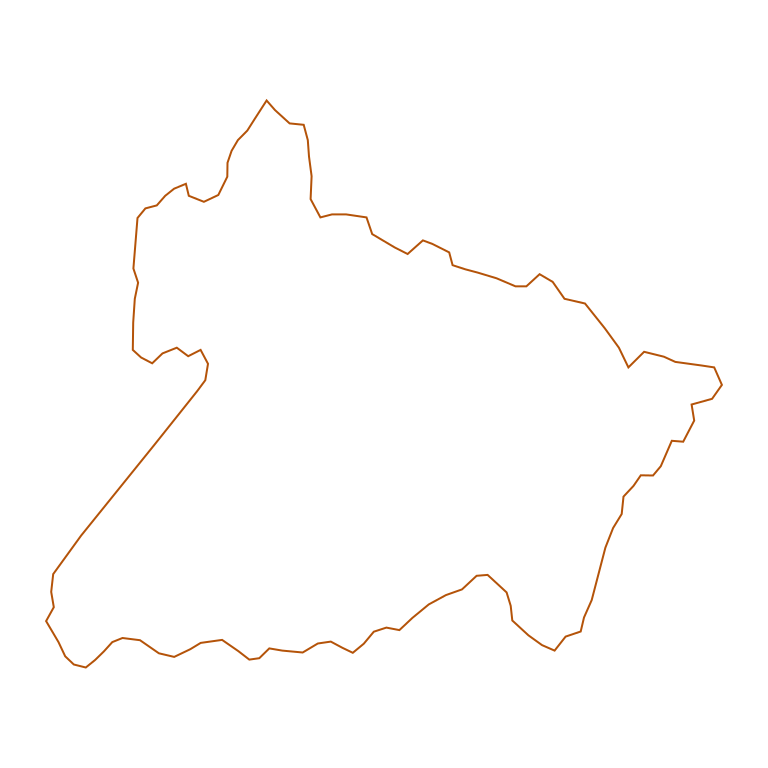 outline of Pedra Bela, São Paulo, Brazil
{"feature_id": "56859067B20014671939660", "entity_name": "Pedra Bela", "entity_type": "district", "adm_level": 2, "iso_a3": "BRA", "parent_name": "Brazil", "parent_adm1": "São Paulo", "projection": "equal_earth", "projection_center": [-46.441, -22.765], "detail": "fine", "context": "isolated", "style": "outline", "palette": "amber", "viewbox_px": 768, "rotation_deg": 0, "n_neighbors": 0, "source": "geoboundaries", "source_scale": "gbopen_adm2", "svg_char_len": 1677}
<svg xmlns="http://www.w3.org/2000/svg" viewBox="0 0 768 768"><path d="M721.9,384.9L714.2,367.4L701.6,365.5L675.3,361.9L663.9,356.7L644.1,351.8L628.4,367.4L618.9,347.7L604.8,328.3L585.0,303.5L564.5,298.8L552.7,281.9L539.6,274.2L526.4,286.3L515.4,286.3L496.6,278.3L477.7,272.6L465.3,269.3L452.6,265.2L449.2,252.4L432.3,243.9L422.9,240.4L407.6,254.0L394.8,247.5L372.2,234.1L366.5,217.4L346.1,214.4L332.0,214.4L320.4,217.4L310.6,199.1L311.6,176.2L309.0,156.5L307.8,140.1L303.7,124.8L289.6,123.4L275.0,110.1L266.6,100.5L254.6,119.1L247.3,130.6L237.9,140.1L231.6,150.8L227.5,162.8L227.3,176.7L218.3,195.0L203.9,201.8L188.8,195.8L185.9,183.8L174.1,188.7L165.2,195.8L156.8,205.4L145.4,208.4L137.5,218.0L133.4,268.5L138.1,282.7L134.8,298.8L133.2,322.6L132.8,349.9L141.1,357.5L152.2,363.3L162.5,353.4L176.8,347.7L188.2,356.2L200.6,349.9L208.0,363.8L205.3,380.2L197.2,391.1L155.2,443.8L81.1,535.6L53.2,574.1L51.2,591.9L53.8,607.2L46.1,621.1L58.5,642.1L65.2,656.3L73.8,664.5L85.8,667.5L95.2,659.9L103.9,651.4L112.3,642.1L122.5,638.0L140.0,640.2L158.9,653.3L174.2,656.9L190.3,649.2L200.7,642.9L222.1,639.9L238.3,651.1L249.3,659.6L259.3,658.2L269.3,648.4L282.3,650.6L302.7,652.5L317.8,643.5L330.8,641.6L342.4,647.8L352.8,652.8L363.8,643.7L373.8,631.7L386.4,627.6L399.4,630.1L412.5,617.8L428.8,604.4L445.9,595.1L462.0,589.4L476.6,575.8L487.6,574.9L506.6,592.4L510.7,605.8L512.3,620.5L528.4,635.3L542.0,645.1L554.6,650.6L565.6,636.6L580.7,631.5L584.0,617.5L591.7,600.1L605.4,547.6L613.1,528.0L621.7,514.0L623.5,496.6L633.5,485.9L640.8,475.3L653.0,475.5L660.8,466.2L671.8,440.8L683.2,441.7L694.2,420.6L691.6,404.5L712.1,398.8L721.9,384.9Z" fill="none" stroke="#b45309" stroke-width="2"/></svg>